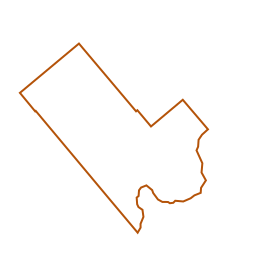 outline of Ellis, Oklahoma, United States of America, rotated 320°
{"feature_id": "52423323B61060611937313", "entity_name": "Ellis", "entity_type": "district", "adm_level": 2, "iso_a3": "USA", "parent_name": "United States of America", "parent_adm1": "Oklahoma", "projection": "equal_earth", "projection_center": [-99.742, 36.218], "detail": "fine", "context": "isolated", "style": "outline", "palette": "amber", "viewbox_px": 256, "rotation_deg": 320, "n_neighbors": 0, "source": "geoboundaries", "source_scale": "gbopen_adm2", "svg_char_len": 672}
<svg xmlns="http://www.w3.org/2000/svg" viewBox="0 0 256 256"><g transform="rotate(320 128 128)"><path d="M67.8,31.6L67.6,55.6L68.3,55.6L68.1,169.5L68.1,214.4L73.6,212.4L76.0,209.5L82.7,206.0L86.5,200.0L85.2,195.3L86.0,192.3L89.9,186.9L92.4,186.9L96.4,182.8L99.7,182.0L105.2,183.8L106.6,191.1L105.5,194.0L105.0,202.0L106.8,206.7L111.1,210.4L111.7,212.5L114.6,214.4L117.4,214.1L123.1,219.8L130.8,222.1L135.6,222.3L142.0,224.4L145.5,220.8L154.0,218.2L155.7,209.4L162.3,202.8L166.1,189.2L169.7,187.4L174.5,182.4L180.4,180.7L188.4,180.4L188.1,141.6L146.6,141.6L146.6,120.4L144.9,120.4L144.7,38.7L144.7,31.8L67.8,31.6Z" fill="none" stroke="#b45309" stroke-width="2"/></g></svg>